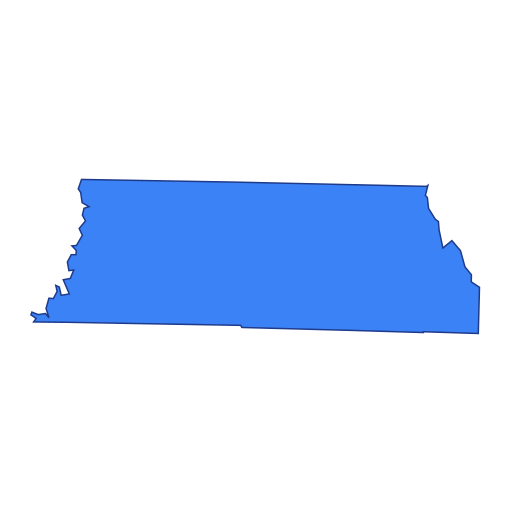 the district of Carbon, Utah, United States of America, rotated 181°
{"feature_id": "52423323B75729045949325", "entity_name": "Carbon", "entity_type": "district", "adm_level": 2, "iso_a3": "USA", "parent_name": "United States of America", "parent_adm1": "Utah", "projection": "orthographic", "projection_center": [-110.382, 39.641], "detail": "fine", "context": "isolated", "style": "filled", "palette": "blue", "viewbox_px": 512, "rotation_deg": 181, "n_neighbors": 0, "source": "geoboundaries", "source_scale": "gbopen_adm2", "svg_char_len": 861}
<svg xmlns="http://www.w3.org/2000/svg" viewBox="0 0 512 512"><g transform="rotate(181 256 256)"><path d="M159.4,183.3L87.3,182.4L87.3,183.2L32.4,182.4L32.0,228.6L40.3,233.9L40.3,241.0L46.9,248.8L51.6,264.8L60.4,274.8L69.3,267.3L73.4,285.3L74.2,293.6L77.4,295.9L84.3,306.6L85.7,317.5L87.7,319.5L85.4,329.6L86.7,328.6L276.8,329.5L431.8,329.5L434.9,320.0L432.4,316.4L430.8,306.3L423.8,302.4L428.8,300.7L430.3,293.8L427.1,288.1L433.3,280.4L430.0,273.7L435.7,263.4L440.2,262.9L435.8,258.4L436.0,254.2L440.7,254.1L444.5,246.7L442.8,238.1L438.0,238.8L441.3,230.3L448.3,228.9L442.0,214.8L450.1,213.3L452.1,221.5L455.7,223.1L454.2,217.1L457.9,209.9L462.3,210.2L465.0,199.9L461.9,190.6L465.5,194.8L472.7,193.6L479.1,196.0L480.0,193.2L474.7,189.8L477.2,186.2L446.7,186.4L270.1,186.4L268.9,184.3L159.4,183.3Z" fill="#3b82f6" stroke="#1e3a8a" stroke-width="1.5"/></g></svg>